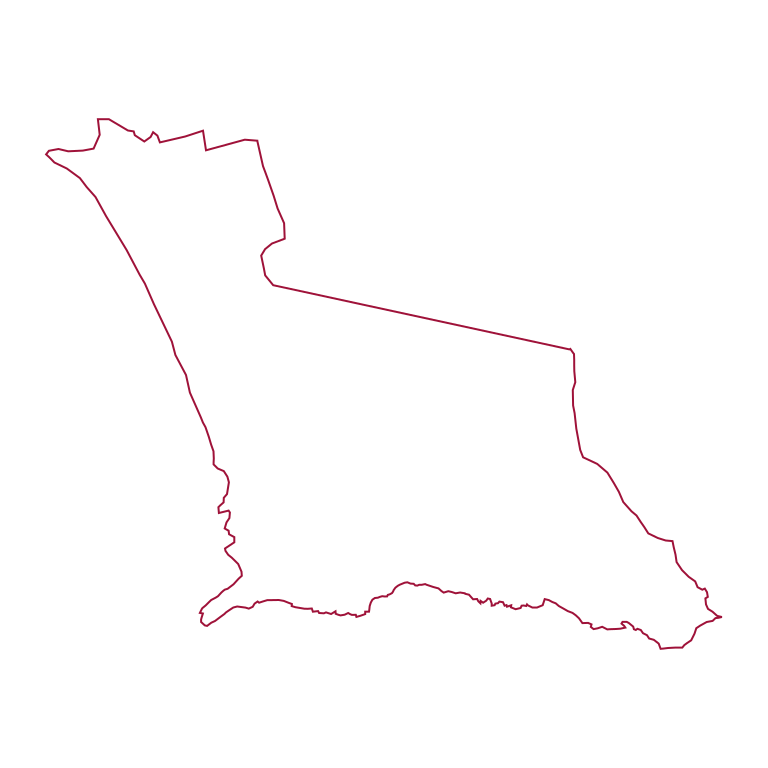 outline of Akrotiri, Cyprus
{"feature_id": "46923920B88253584339693", "entity_name": "Akrotiri", "entity_type": "district", "adm_level": 2, "iso_a3": "CYP", "parent_name": "Cyprus", "parent_adm1": "", "projection": "mercator", "projection_center": [32.972, 34.606], "detail": "fine", "context": "isolated", "style": "outline", "palette": "rose", "viewbox_px": 768, "rotation_deg": 0, "n_neighbors": 0, "source": "geoboundaries", "source_scale": "gbopen_adm2", "svg_char_len": 4024}
<svg xmlns="http://www.w3.org/2000/svg" viewBox="0 0 768 768"><path d="M46.1,154.4L49.2,157.2L54.4,162.5L66.8,168.5L79.9,178.1L86.8,187.2L95.5,197.0L106.1,216.2L126.6,250.0L139.6,274.6L144.9,283.6L153.9,304.1L171.9,341.7L175.4,355.0L186.0,375.0L189.9,392.6L200.9,417.5L202.9,422.5L205.5,427.2L208.8,436.8L211.1,444.5L213.5,451.3L213.8,458.5L213.6,462.4L213.6,464.4L217.7,468.5L223.8,471.1L227.4,476.7L228.9,482.3L227.0,494.1L223.8,497.8L223.6,502.4L220.4,505.2L218.4,507.2L218.9,513.0L228.6,510.6L229.9,512.5L229.4,518.1L226.5,522.4L224.7,528.5L228.6,530.7L229.1,534.3L234.3,537.1L234.3,542.3L225.0,548.5L225.5,550.9L228.2,554.8L231.8,557.7L238.2,564.0L241.5,571.7L241.8,575.8L238.6,578.7L233.5,584.3L227.6,588.8L224.9,589.6L223.4,590.7L221.4,592.5L218.0,596.2L215.6,597.7L211.2,600.0L209.0,602.1L205.7,605.4L202.4,608.1L201.9,608.8L199.9,612.9L202.9,613.5L201.6,617.6L201.1,619.5L201.1,622.0L204.8,625.4L207.1,625.9L211.3,622.7L215.0,621.0L220.3,617.0L224.4,614.0L226.0,612.4L229.5,610.0L233.3,607.5L237.2,606.5L240.2,606.9L245.5,607.6L248.8,608.6L252.7,606.8L254.6,603.6L257.6,601.5L259.1,602.7L263.1,601.4L267.4,600.1L272.4,600.1L278.8,600.0L283.8,600.9L288.6,602.8L291.9,604.0L291.7,606.1L295.4,607.2L304.3,608.7L307.7,608.8L311.8,608.5L312.9,611.7L318.1,611.1L319.1,613.0L323.9,613.3L326.0,612.4L331.1,614.0L335.5,611.3L335.7,613.8L338.4,614.8L340.5,615.4L344.7,614.7L348.2,613.0L350.0,614.1L351.9,614.9L355.8,614.8L356.4,616.9L360.3,615.8L365.2,614.1L365.2,611.7L369.0,611.7L369.3,609.7L369.7,606.0L370.8,602.6L372.4,599.7L374.9,598.0L377.9,597.7L379.8,596.9L382.2,596.2L384.8,596.5L387.1,596.4L387.8,594.9L389.6,594.4L392.0,593.1L393.1,591.5L393.6,590.2L395.4,587.7L397.8,585.8L399.8,584.7L404.7,582.7L407.4,582.3L410.5,583.6L413.7,583.8L415.2,585.4L417.3,585.6L419.2,584.8L421.7,584.8L423.6,584.4L425.2,584.1L426.4,584.7L433.3,587.0L438.5,588.4L441.5,591.1L443.7,592.6L448.3,591.2L451.7,592.0L455.7,593.3L460.1,592.5L464.9,593.3L465.2,593.8L469.0,594.7L473.1,599.3L477.1,599.0L478.3,601.3L480.4,603.3L480.6,600.9L483.1,602.7L486.2,600.7L487.8,598.5L490.1,599.0L491.7,603.5L491.7,605.7L494.6,605.2L495.4,603.6L498.0,603.2L499.4,601.6L503.0,602.2L503.7,603.7L504.6,605.7L506.5,605.1L507.0,606.7L509.0,606.0L511.2,605.3L510.9,607.3L515.6,609.2L520.6,608.0L521.6,605.7L523.6,605.5L526.2,606.0L527.0,604.4L527.8,605.3L532.3,607.5L537.1,607.5L542.7,605.2L544.7,599.1L548.8,600.1L552.3,602.0L555.7,603.3L558.8,606.0L563.8,608.8L567.8,611.1L572.5,612.9L575.8,615.3L579.0,618.3L582.4,623.1L588.1,622.9L591.5,624.4L590.8,626.9L593.6,629.1L597.7,628.3L602.2,626.8L607.3,629.4L609.8,629.2L615.9,629.0L620.3,628.7L625.3,627.6L624.1,625.8L621.5,623.6L622.5,621.9L626.8,621.9L628.8,623.0L633.2,626.6L633.9,629.2L635.8,630.0L637.4,628.8L640.8,630.0L643.0,633.2L647.0,635.2L649.1,638.5L653.8,639.8L658.7,643.6L660.6,648.8L663.1,648.6L668.0,648.0L675.3,647.6L682.3,647.6L684.3,645.1L687.3,642.9L691.2,640.3L694.5,633.7L696.3,628.2L700.2,625.6L706.7,622.0L712.6,620.9L715.5,618.1L718.4,617.8L721.9,617.0L717.2,615.9L712.5,611.7L708.0,608.9L706.0,604.4L705.4,598.4L707.8,596.9L707.0,592.2L704.8,588.6L702.3,589.7L697.6,587.2L695.2,581.4L688.7,576.8L682.0,570.1L676.6,562.1L675.5,554.6L673.7,547.1L672.5,541.1L665.7,540.5L657.8,538.0L648.3,533.4L644.3,527.1L640.6,521.8L636.5,515.5L631.5,511.3L623.3,502.1L618.9,491.9L613.8,483.0L607.4,472.6L597.2,463.9L583.1,457.3L580.2,449.9L576.3,428.6L574.6,413.1L573.1,405.5L572.8,390.0L575.3,382.2L574.3,371.2L574.2,365.3L574.2,359.8L574.0,354.0L573.2,353.0L570.3,348.9L569.4,349.4L273.2,285.2L265.2,275.4L263.9,268.5L261.2,255.6L265.1,249.1L272.0,243.5L284.7,238.7L284.1,223.2L277.6,208.5L273.7,195.9L268.1,179.9L265.4,172.5L263.0,166.1L257.3,140.9L257.3,140.7L253.5,140.4L244.8,139.7L206.0,150.3L203.0,130.7L185.2,136.5L159.9,142.4L157.4,135.6L153.1,132.2L150.6,137.0L144.3,141.5L134.8,135.2L133.7,131.4L127.9,130.5L120.7,126.2L114.1,122.3L108.9,119.2L97.9,119.2L99.7,134.8L93.6,148.6L82.8,150.6L68.2,151.3L58.5,149.0L48.9,150.8L46.1,154.4Z" fill="none" stroke="#9f1239" stroke-width="2"/></svg>